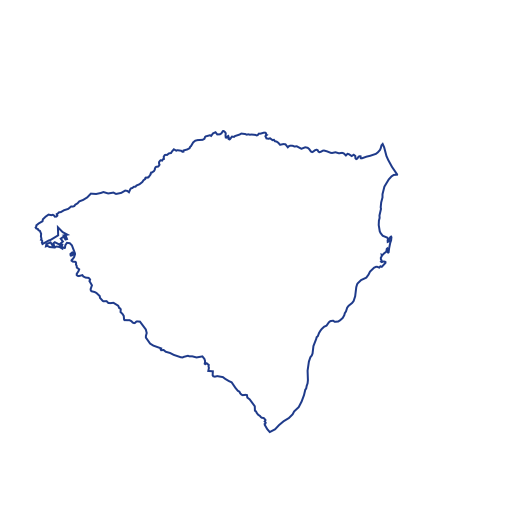 Ampanihy Ouest, Atsimo-Andrefana, Madagascar, rotated 235°
{"feature_id": "10022922B9355726550011", "entity_name": "Ampanihy Ouest", "entity_type": "district", "adm_level": 2, "iso_a3": "MDG", "parent_name": "Madagascar", "parent_adm1": "Atsimo-Andrefana", "projection": "natural_earth1", "projection_center": [44.601, -24.59], "detail": "fine", "context": "isolated", "style": "outline", "palette": "blue", "viewbox_px": 512, "rotation_deg": 235, "n_neighbors": 0, "source": "geoboundaries", "source_scale": "gbopen_adm2", "svg_char_len": 6130}
<svg xmlns="http://www.w3.org/2000/svg" viewBox="0 0 512 512"><g transform="rotate(235 256 256)"><path d="M173.0,160.3L169.0,162.1L166.5,163.6L159.8,163.5L156.0,163.8L154.4,164.6L152.5,164.3L150.8,164.6L149.7,165.2L148.2,167.9L147.2,168.8L145.0,167.7L142.2,168.6L133.6,168.8L129.9,166.4L128.6,166.9L127.3,166.6L124.8,166.7L122.7,167.5L121.2,167.6L120.3,167.9L118.8,169.4L116.3,169.7L115.9,169.4L115.5,168.2L113.9,168.3L113.3,167.5L113.4,166.7L112.6,166.3L107.8,165.9L103.9,166.3L103.1,172.2L104.3,178.0L104.8,183.9L104.4,190.0L105.3,195.2L106.8,198.1L107.7,204.3L110.7,210.0L114.5,215.5L118.3,219.8L118.6,221.0L120.6,223.1L122.1,225.2L124.5,227.3L132.5,232.5L139.2,238.8L141.9,242.5L142.5,244.6L143.7,246.4L149.3,251.4L153.5,257.7L154.7,259.1L154.9,260.7L156.8,263.5L157.9,266.0L158.5,267.9L159.0,271.2L158.5,273.8L159.9,277.7L160.0,279.6L158.8,282.0L156.9,282.8L155.2,285.7L155.1,288.0L155.5,291.5L156.9,294.4L158.2,295.9L159.0,297.9L161.4,301.1L162.1,303.3L162.4,307.8L163.1,310.1L166.1,314.1L173.0,320.3L174.9,322.7L175.3,323.8L176.0,328.3L175.0,333.9L176.2,337.5L177.8,340.4L178.7,346.0L178.3,348.1L177.6,349.1L175.8,350.3L176.2,352.0L175.0,352.8L176.1,358.1L176.8,358.6L177.6,358.2L178.4,357.2L178.9,355.5L179.7,355.2L179.9,356.1L180.4,356.4L181.6,356.4L182.9,357.2L183.8,359.0L184.9,359.6L184.2,359.9L184.7,362.5L184.8,365.2L186.8,367.2L186.9,367.9L186.2,367.8L183.4,366.1L183.0,366.2L183.0,366.8L186.0,369.5L189.8,373.5L191.3,375.6L193.7,377.7L194.4,377.8L194.5,377.2L193.7,375.0L191.8,373.2L192.0,372.0L193.2,372.7L194.2,373.9L195.7,374.1L199.9,371.4L203.3,371.2L205.2,371.5L211.0,374.3L214.5,377.0L216.3,379.1L218.4,380.4L222.9,385.4L224.4,386.1L228.1,389.3L231.4,393.2L234.1,395.1L239.2,401.0L242.6,408.7L243.5,412.7L243.4,415.3L241.7,418.2L241.9,418.4L250.9,418.5L259.0,419.4L263.1,420.2L271.5,423.3L275.1,424.0L274.7,422.3L272.6,419.8L271.7,418.2L271.0,415.2L270.9,412.8L272.6,407.0L274.0,403.5L275.3,398.7L276.0,397.9L277.7,398.8L278.4,397.9L278.5,397.0L277.7,394.8L277.9,393.7L279.0,393.5L281.0,394.7L282.9,394.1L283.0,391.7L286.1,390.5L287.2,389.6L286.8,387.3L289.5,386.8L290.7,386.1L291.4,385.2L292.5,382.9L295.4,380.6L296.7,377.5L297.5,376.5L301.1,374.1L303.4,372.2L303.9,371.3L304.2,368.8L304.7,367.4L305.8,367.0L307.3,367.2L308.3,366.6L308.8,365.0L308.7,362.6L308.9,361.6L310.1,360.9L313.1,360.9L315.0,360.4L316.8,358.7L317.8,354.7L322.5,352.3L323.6,350.3L325.2,349.3L326.5,347.7L327.1,346.3L326.8,344.4L330.6,344.2L332.0,342.6L333.3,339.5L336.0,339.2L337.9,338.5L339.2,337.3L340.9,337.3L341.4,336.0L344.4,335.0L344.7,333.7L346.3,332.0L348.7,332.4L349.0,333.0L349.0,334.2L349.6,333.9L350.7,334.6L351.7,334.3L352.5,333.2L353.7,329.7L354.6,328.5L354.1,326.9L354.3,325.8L355.6,324.9L358.0,322.1L358.9,320.5L360.0,319.6L360.8,317.9L362.0,317.2L364.7,314.2L364.9,312.2L366.3,307.6L366.2,306.3L367.6,304.8L366.6,301.6L366.7,301.1L367.6,300.7L368.4,301.5L370.2,302.1L370.3,301.3L369.7,299.9L370.4,299.2L372.0,300.0L373.9,301.6L375.1,301.7L376.9,301.2L377.3,300.5L376.3,298.0L376.4,296.2L377.8,294.0L380.6,293.8L381.1,291.1L380.1,288.1L381.3,287.6L382.8,283.4L382.7,282.5L381.6,281.0L381.8,278.9L384.4,274.7L385.3,272.4L385.1,269.7L383.3,265.8L383.2,264.7L382.4,263.4L382.7,260.8L384.0,257.2L383.1,256.4L383.6,255.5L385.1,255.1L387.1,253.0L387.9,252.0L388.0,251.1L390.5,249.9L389.8,247.1L389.1,245.5L390.0,243.4L389.8,241.1L390.7,240.0L391.0,239.1L390.3,237.4L388.3,236.2L388.6,235.2L388.0,233.8L389.1,232.9L389.1,232.1L388.5,230.4L387.1,229.5L386.1,229.3L385.6,228.2L385.4,227.0L386.3,225.5L386.3,224.6L385.6,223.3L384.9,222.8L384.1,221.2L384.1,218.5L384.5,218.0L384.0,217.0L383.3,216.5L382.1,212.9L382.6,212.3L382.6,211.6L383.4,210.9L383.3,209.9L382.6,209.4L382.6,207.3L381.8,205.3L381.6,201.7L382.3,198.5L381.9,197.1L382.8,195.5L382.6,193.7L383.1,192.5L382.8,191.3L381.1,188.5L383.1,187.9L384.6,186.4L385.0,181.8L386.9,177.4L387.3,176.8L389.7,175.6L392.0,170.8L395.9,167.7L396.6,165.1L398.5,160.6L401.8,156.5L400.8,151.3L401.1,146.5L402.1,142.6L401.5,140.0L401.7,137.4L401.1,135.8L401.6,134.2L402.6,133.0L402.3,129.2L403.6,125.0L403.9,121.3L404.8,119.6L404.5,118.3L404.6,116.8L403.0,116.4L402.8,115.1L403.6,113.8L404.9,113.8L406.3,113.2L406.8,111.8L408.9,109.8L408.9,106.2L408.3,102.5L406.9,101.0L407.3,96.9L407.1,93.7L406.0,92.7L405.7,91.8L404.5,91.8L403.2,92.8L401.9,92.6L400.5,93.4L397.4,92.7L395.5,91.1L393.3,90.2L392.6,89.2L392.1,89.6L390.9,89.5L390.0,88.8L389.8,88.3L388.3,88.0L387.6,95.0L387.0,97.0L386.4,105.8L393.1,110.2L386.5,111.3L381.7,113.7L382.9,110.8L381.2,111.6L378.3,110.9L378.8,109.4L382.2,109.5L382.2,106.0L378.6,106.1L378.3,102.4L376.4,103.8L375.4,102.3L378.8,101.2L382.7,99.1L382.6,97.4L379.6,96.2L379.3,95.7L379.7,95.3L385.0,95.5L385.9,91.1L384.4,89.5L384.0,90.9L381.8,92.0L378.3,96.1L378.4,97.3L378.1,98.1L376.1,100.2L373.1,101.6L374.1,102.6L372.4,103.7L372.3,104.2L374.2,106.0L375.2,108.7L373.3,110.8L370.3,111.3L362.8,109.4L363.6,107.6L364.3,107.5L364.1,105.2L363.1,104.6L362.6,104.5L362.1,105.3L362.0,107.4L361.5,108.9L361.3,108.8L359.5,106.5L358.8,104.7L358.4,102.6L358.0,102.2L356.5,102.7L354.7,104.8L353.4,104.6L352.2,103.6L350.9,103.5L349.3,102.6L346.5,103.5L345.5,102.1L344.2,98.9L343.2,98.2L342.1,98.5L341.2,99.3L339.9,102.8L338.3,102.8L336.1,104.0L334.1,106.3L332.7,106.6L331.7,106.5L331.0,105.2L326.1,104.8L323.7,101.5L322.4,100.9L321.4,101.1L319.0,103.2L317.2,104.1L312.8,105.0L311.2,104.2L307.1,104.7L306.4,105.1L304.7,107.7L302.2,108.1L300.9,109.7L299.4,112.4L294.3,114.6L291.7,114.1L290.9,114.7L289.9,114.6L287.8,112.9L285.1,113.4L282.8,113.3L279.6,111.5L278.9,111.5L275.9,115.6L274.0,116.6L272.2,116.8L270.9,117.7L270.6,118.7L270.9,120.1L270.7,121.0L268.8,123.3L259.0,123.6L255.6,122.3L253.6,119.9L252.3,119.0L245.0,119.0L241.5,120.5L234.7,125.3L234.1,124.3L233.2,124.3L232.0,126.4L229.4,127.1L225.8,130.0L222.2,131.9L216.2,136.3L215.0,137.7L214.8,139.0L213.3,143.0L212.0,143.9L210.3,146.3L207.0,149.1L204.5,154.5L201.3,154.7L199.6,154.2L198.4,153.5L197.2,152.2L196.5,152.4L196.4,154.1L193.8,154.8L193.0,153.9L191.3,153.2L189.2,151.0L186.3,154.5L183.2,152.1L182.0,152.0L180.8,153.0L179.8,155.4L175.8,159.4L173.0,160.3Z" fill="none" stroke="#1e3a8a" stroke-width="2"/></g></svg>